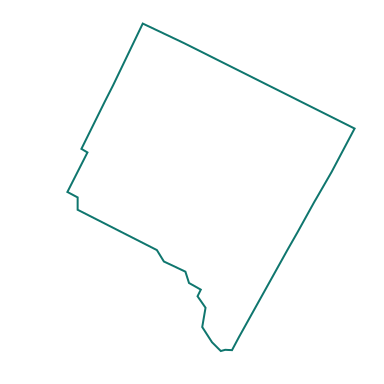 Decatur, Georgia, United States of America, rotated 296°
{"feature_id": "52423323B73642037306772", "entity_name": "Decatur", "entity_type": "district", "adm_level": 2, "iso_a3": "USA", "parent_name": "United States of America", "parent_adm1": "Georgia", "projection": "albers", "projection_center": [-84.677, 30.885], "detail": "fine", "context": "isolated", "style": "outline", "palette": "teal", "viewbox_px": 384, "rotation_deg": 296, "n_neighbors": 0, "source": "geoboundaries", "source_scale": "gbopen_adm2", "svg_char_len": 509}
<svg xmlns="http://www.w3.org/2000/svg" viewBox="0 0 384 384"><g transform="rotate(296 192 192)"><path d="M321.8,73.9L253.4,74.3L235.4,74.0L182.3,73.7L181.7,80.7L137.4,80.0L137.0,91.6L125.9,97.0L124.4,185.9L117.2,197.2L117.5,221.0L108.9,229.2L108.1,242.7L100.7,242.7L93.9,254.9L75.1,260.4L65.7,275.9L61.7,287.6L64.7,291.0L67.4,297.3L68.0,297.3L82.1,297.8L182.2,303.2L202.3,304.5L237.3,306.3L239.6,306.5L271.3,308.7L320.3,310.3L322.3,119.2L321.8,73.9Z" fill="none" stroke="#0f766e" stroke-width="2"/></g></svg>